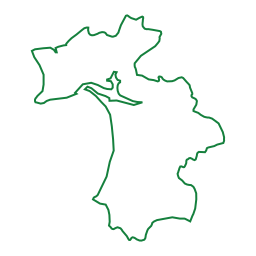 the District of Setúbal
{"feature_id": "PRT-5498", "entity_name": "Setúbal", "entity_type": "District", "adm_level": 1, "iso_a3": "PRT", "parent_name": "Portugal", "parent_adm1": "", "projection": "robinson", "projection_center": [-8.638, 38.295], "detail": "fine", "context": "isolated", "style": "outline", "palette": "green", "viewbox_px": 256, "rotation_deg": 0, "n_neighbors": 0, "source": "natural_earth", "source_scale": "10m", "svg_char_len": 3382}
<svg xmlns="http://www.w3.org/2000/svg" viewBox="0 0 256 256"><path d="M109.0,225.6L109.7,221.8L109.4,214.9L108.4,209.9L105.7,204.6L100.0,203.6L93.0,199.4L93.8,197.6L95.0,196.9L96.3,196.3L97.7,195.0L106.6,176.6L109.8,161.8L113.7,150.6L113.1,139.4L111.8,126.2L110.1,114.7L105.7,106.5L101.3,102.0L95.9,96.0L89.7,91.1L84.9,89.3L87.5,86.7L91.4,88.2L97.8,93.5L105.6,96.1L109.3,98.1L109.5,100.8L116.7,100.5L133.8,105.0L142.4,102.3L137.3,102.0L132.8,101.1L120.2,95.4L118.7,93.7L117.7,90.8L117.4,87.9L117.7,85.3L118.6,83.3L120.1,82.3L120.1,80.7L117.6,79.9L116.0,77.5L115.4,74.6L116.6,72.2L113.9,71.8L110.5,78.4L107.1,79.5L107.1,80.7L110.9,81.2L112.7,84.3L112.7,87.7L111.3,89.3L107.2,89.0L103.8,88.1L97.8,85.0L91.2,82.8L82.8,84.3L75.1,92.8L76.5,93.8L66.7,97.7L50.1,99.7L46.6,101.0L43.9,103.0L40.7,103.6L36.3,102.4L35.5,102.3L35.0,101.2L35.0,99.7L35.5,98.4L36.1,97.8L37.4,96.0L42.5,91.1L43.6,84.5L43.6,74.7L39.5,65.1L34.3,57.2L31.9,50.9L35.0,49.3L43.0,48.3L50.3,47.7L53.9,49.8L55.6,52.3L56.7,52.3L55.6,48.0L58.2,46.8L63.6,45.4L66.2,45.1L66.2,43.8L68.7,40.9L71.5,38.2L76.4,34.6L82.5,29.6L83.2,29.1L84.2,28.3L85.0,28.0L86.9,27.5L88.3,27.6L88.1,30.2L88.9,33.3L90.3,34.8L92.0,35.3L94.0,35.1L97.5,33.8L99.3,32.8L102.1,32.1L104.1,32.3L105.4,32.9L107.0,35.0L111.8,36.6L112.9,36.7L115.8,35.8L118.4,32.6L118.9,30.9L120.9,25.2L125.9,15.8L127.1,15.4L128.3,16.0L129.3,16.9L131.3,18.1L136.1,19.7L139.3,17.9L142.2,16.6L143.1,17.1L143.2,18.1L142.9,19.7L142.8,21.2L142.6,22.8L142.5,24.6L142.8,26.4L144.7,28.7L146.7,29.2L148.2,29.1L152.7,29.8L159.8,31.1L160.9,31.7L161.3,33.8L159.5,37.1L159.7,38.5L159.3,41.1L157.9,43.0L155.2,46.2L140.9,55.8L134.7,63.3L134.6,64.9L134.8,66.9L135.5,68.2L136.0,69.9L137.0,74.9L142.1,75.6L148.7,79.4L153.7,80.1L157.8,81.4L158.9,80.8L159.1,79.7L158.8,78.3L158.5,77.3L159.2,76.5L160.8,76.7L162.0,77.5L162.5,78.6L163.5,79.6L165.1,80.6L167.2,81.4L172.1,81.2L174.6,80.4L178.5,78.0L181.7,77.3L183.2,78.0L186.5,81.8L188.7,84.1L189.6,85.2L189.6,85.4L189.7,85.6L189.8,86.2L190.0,87.5L192.3,93.2L192.2,94.4L191.5,95.1L191.5,96.3L192.3,97.4L194.8,98.5L196.0,99.4L196.9,101.0L196.3,104.7L193.5,109.4L193.5,111.0L194.6,111.5L198.3,112.9L200.7,114.8L204.2,116.8L205.8,117.2L207.4,117.5L208.9,117.5L212.1,118.6L218.6,123.4L222.8,132.1L224.1,137.3L224.0,139.2L224.1,140.7L223.3,143.0L217.2,144.6L214.2,146.1L208.2,147.5L206.9,148.2L206.2,150.5L205.0,152.2L198.9,151.9L197.6,152.8L197.0,154.1L196.8,155.8L195.7,159.4L194.6,160.1L193.2,159.6L191.9,158.7L190.2,158.0L189.0,158.3L188.0,159.2L186.8,159.7L186.4,160.6L186.3,161.5L186.3,162.5L186.1,163.6L185.2,165.5L184.9,166.2L184.2,167.1L183.4,167.2L182.4,166.8L181.5,166.4L180.3,166.5L179.4,168.3L179.0,169.8L178.5,171.1L178.2,172.3L177.6,173.7L177.8,174.8L178.1,175.9L178.9,178.0L182.2,180.5L184.8,183.5L187.0,184.5L188.9,184.9L191.1,185.1L193.4,186.8L194.6,188.9L196.2,193.3L196.3,199.3L195.2,208.5L193.3,214.1L192.5,215.6L190.2,221.4L185.1,218.8L184.4,218.6L179.9,218.6L172.3,217.3L157.0,220.1L154.0,221.5L152.3,222.9L151.9,224.4L151.2,225.9L148.2,228.9L147.4,230.4L145.8,235.0L145.6,236.6L145.3,238.2L144.3,239.7L141.4,240.6L139.5,240.5L136.6,239.3L135.3,238.3L133.9,237.6L132.6,237.3L131.5,237.9L130.9,238.9L130.2,239.9L129.2,240.0L128.4,239.0L126.8,236.1L122.4,230.9L121.8,229.8L120.5,228.3L117.6,227.3L116.4,227.7L114.9,228.4L113.7,229.1L112.5,229.0L111.6,228.5L110.6,227.1L109.0,225.6Z" fill="none" stroke="#15803d" stroke-width="2"/></svg>